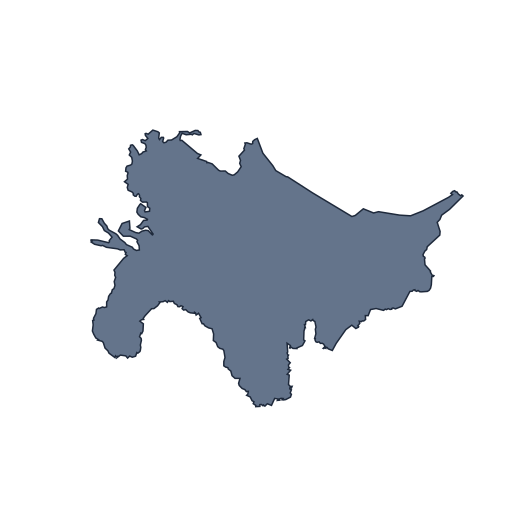 outline of Contepec, Michoacán, Mexico, rotated 302°
{"feature_id": "50627088B15028424096035", "entity_name": "Contepec", "entity_type": "district", "adm_level": 2, "iso_a3": "MEX", "parent_name": "Mexico", "parent_adm1": "Michoacán", "projection": "natural_earth1", "projection_center": [-100.227, 19.961], "detail": "fine", "context": "isolated", "style": "filled", "palette": "slate", "viewbox_px": 512, "rotation_deg": 302, "n_neighbors": 0, "source": "geoboundaries", "source_scale": "gbopen_adm2", "svg_char_len": 6146}
<svg xmlns="http://www.w3.org/2000/svg" viewBox="0 0 512 512"><g transform="rotate(302 256 256)"><path d="M384.4,392.6L389.0,391.8L398.1,395.4L416.6,399.8L416.9,398.1L415.5,397.5L415.8,394.7L416.8,392.4L416.3,391.8L416.6,389.8L415.0,388.6L412.4,388.0L412.2,390.1L407.8,388.2L382.9,373.8L372.0,365.8L366.8,356.2L358.5,336.4L354.8,332.9L352.9,322.0L343.0,318.7L340.3,316.4L339.5,270.4L339.9,241.0L339.2,239.5L338.9,227.5L341.5,222.4L346.8,207.4L356.4,194.8L353.9,193.2L351.4,192.5L349.6,193.6L348.3,192.7L347.2,188.3L345.9,186.7L345.0,187.8L340.6,188.8L339.7,190.1L331.6,188.6L328.9,192.2L325.9,193.1L323.9,196.1L317.6,195.9L313.3,194.5L311.9,193.1L311.2,188.6L311.8,184.9L309.2,180.9L308.9,178.9L310.9,170.0L309.9,165.8L309.1,164.9L310.0,164.1L307.8,154.8L312.5,155.7L311.9,152.0L314.8,131.8L313.8,130.6L314.4,129.8L317.8,128.5L320.9,128.3L321.8,132.5L324.9,136.6L325.0,137.8L327.0,138.4L328.4,143.4L329.8,145.0L331.4,143.2L331.0,142.1L331.6,140.2L330.3,137.9L325.2,134.5L325.3,131.9L320.9,125.2L319.9,126.0L315.2,125.7L309.6,122.9L307.5,119.9L304.8,119.4L303.2,117.9L303.6,116.2L307.1,115.2L307.5,114.5L306.4,112.8L303.6,112.4L304.4,111.0L309.1,108.8L309.4,107.0L308.1,101.8L302.2,100.0L301.7,97.7L300.9,97.2L299.6,98.4L298.4,102.0L297.6,101.8L295.1,100.9L294.6,98.0L293.3,97.1L291.7,98.7L292.4,102.2L291.6,104.0L289.9,105.4L287.8,105.7L287.0,107.3L284.2,105.0L282.3,104.8L279.9,103.3L282.2,99.7L284.7,93.3L284.7,92.1L283.4,90.9L281.8,91.7L279.4,91.3L277.7,94.6L274.5,95.0L273.8,98.3L271.0,100.9L268.3,102.0L266.7,101.5L263.9,99.0L261.9,99.0L258.8,100.5L259.1,102.9L258.4,103.5L255.9,104.2L253.1,106.3L249.3,105.1L249.0,109.6L245.9,110.5L244.0,112.7L244.6,116.9L244.1,118.8L242.8,119.5L242.5,121.5L243.1,122.7L245.6,122.7L246.6,123.4L245.8,125.0L244.5,125.7L243.8,127.8L241.9,128.6L241.5,131.1L243.7,134.5L243.7,135.6L240.4,137.8L240.2,140.6L237.5,142.0L234.6,138.6L235.4,137.4L238.8,136.9L239.2,130.5L238.2,130.2L233.6,130.1L230.1,131.7L228.9,134.0L228.2,137.6L229.4,140.8L229.6,144.5L228.7,144.6L226.6,141.8L221.4,141.4L217.8,139.7L218.0,144.3L219.2,145.4L221.6,146.0L223.8,148.6L220.1,157.1L219.1,157.1L219.0,156.5L220.4,151.1L219.4,148.8L216.6,146.1L213.3,144.6L212.1,141.5L211.2,134.5L212.7,134.4L218.6,130.1L212.6,125.2L204.3,126.0L202.5,133.0L206.2,138.9L207.1,145.5L206.6,147.3L205.0,147.5L202.8,151.4L199.3,153.9L197.3,151.6L197.0,148.3L197.9,146.6L197.0,140.1L197.9,137.6L198.4,131.7L200.2,127.7L200.6,125.4L200.1,117.8L200.6,115.8L202.4,113.6L203.4,110.0L205.9,105.5L204.7,103.5L200.9,104.6L199.5,110.3L197.2,113.9L197.3,118.7L195.7,123.9L191.3,123.4L190.4,124.2L189.2,124.0L185.6,113.3L182.3,107.6L181.9,107.7L181.8,109.1L180.5,108.7L180.4,112.9L182.6,119.2L183.7,120.3L184.1,124.5L188.7,134.8L189.2,137.6L191.4,140.8L189.9,143.1L190.1,143.9L188.1,144.3L188.0,146.6L183.9,145.0L168.8,143.0L167.4,145.1L164.8,146.4L163.5,148.3L159.2,149.3L156.3,152.0L153.0,152.8L151.3,152.0L147.8,153.1L147.1,152.5L143.7,152.4L140.3,153.8L137.9,153.7L133.7,156.3L132.0,154.8L131.4,152.8L128.5,150.9L128.5,150.1L126.2,149.0L122.3,150.8L117.1,151.2L115.7,152.5L114.8,151.6L111.3,154.4L105.7,157.0L103.7,159.8L101.6,163.6L101.6,166.7L100.8,166.4L102.1,170.7L101.7,172.3L97.9,176.8L97.1,180.7L95.7,182.8L95.1,190.3L96.8,189.8L96.6,190.6L97.4,191.6L96.2,192.0L100.1,193.5L102.3,198.5L101.4,201.2L104.2,201.9L104.6,204.7L107.2,207.0L111.0,206.1L111.0,207.3L113.5,208.2L114.7,207.9L117.5,206.7L119.2,205.1L123.8,203.5L125.3,202.2L125.8,200.0L129.6,199.2L129.6,200.2L132.5,199.9L138.8,196.4L139.2,192.0L141.3,192.7L142.7,194.4L143.3,193.4L146.6,193.6L156.0,195.4L157.3,197.3L161.6,198.9L165.5,199.2L165.8,198.4L168.1,201.5L170.0,202.6L169.7,205.4L171.8,205.5L171.7,207.1L173.8,209.9L172.5,211.9L172.8,214.7L171.7,216.6L172.5,218.1L174.1,218.7L174.4,220.9L172.2,221.2L171.8,223.3L173.3,224.8L172.6,228.0L173.0,230.4L174.8,234.1L175.7,233.7L175.7,234.8L174.2,236.5L177.0,237.6L174.6,242.1L173.3,241.3L170.0,246.2L170.7,247.4L169.7,249.7L169.9,253.9L171.0,257.3L167.4,261.4L161.7,264.6L161.5,268.0L158.8,271.6L158.5,274.3L159.4,277.3L158.7,278.9L153.5,283.5L149.5,284.6L145.8,286.9L145.7,289.2L146.4,291.3L145.5,292.3L145.1,295.6L141.8,299.1L141.1,303.1L143.7,307.3L138.8,308.7L137.3,310.4L136.3,314.4L136.8,317.4L135.9,319.7L137.1,321.2L134.5,322.3L132.9,321.9L133.4,325.8L131.2,329.3L131.3,331.5L129.3,331.9L129.2,335.0L128.1,335.6L130.5,339.0L132.0,338.0L132.9,339.1L132.7,341.2L133.6,341.2L133.4,343.1L136.7,343.9L137.5,348.3L145.1,347.3L146.6,351.0L145.0,350.8L146.3,352.5L147.2,351.6L148.6,352.7L149.5,354.5L147.9,354.3L148.5,355.6L150.0,357.3L154.6,360.0L157.5,359.3L157.9,357.6L161.3,356.9L161.2,355.0L162.8,354.4L162.9,356.0L164.6,355.7L163.6,354.4L164.2,351.7L172.6,347.3L172.2,345.1L177.5,345.9L176.8,343.2L179.1,343.5L179.0,342.7L180.9,341.2L183.6,341.6L184.8,336.7L186.1,337.5L187.9,336.1L189.2,336.1L189.1,335.2L190.3,333.7L191.3,333.8L198.5,328.6L198.3,332.6L195.9,333.2L195.9,333.7L197.3,333.6L197.2,336.3L199.2,339.8L199.7,339.4L204.7,342.8L210.0,342.5L210.1,340.9L217.9,336.4L220.0,335.9L220.9,335.3L220.7,334.7L221.4,335.8L223.5,333.5L224.1,334.3L226.8,332.9L229.8,334.5L230.0,337.0L232.2,337.8L231.6,338.6L231.6,340.7L227.5,344.6L225.4,345.1L221.8,348.0L217.1,349.4L217.3,350.1L216.2,350.4L215.0,352.1L215.2,353.6L216.6,355.0L216.0,356.9L217.1,358.5L217.1,360.0L215.9,362.5L213.3,361.9L213.4,362.5L214.7,363.0L214.7,364.2L215.8,363.9L216.1,364.8L215.5,366.4L216.3,370.8L224.4,370.3L241.2,371.2L248.1,373.9L247.4,379.1L249.9,380.6L250.5,380.5L250.7,379.3L253.9,379.7L255.4,378.1L256.2,380.2L257.3,380.5L258.0,381.8L260.2,382.6L263.4,380.3L264.8,382.7L271.3,381.5L275.1,385.7L277.5,393.0L279.4,393.7L279.7,395.1L281.4,396.0L281.7,398.0L282.8,399.3L283.4,398.9L284.6,399.8L285.0,402.2L290.8,406.5L307.5,405.3L309.0,407.2L310.5,407.5L311.6,408.6L310.9,409.2L311.2,411.0L312.6,411.7L312.5,413.9L313.3,415.3L316.8,420.1L318.6,421.0L321.2,421.1L324.6,419.9L331.7,416.0L332.7,417.3L333.6,417.3L333.1,415.4L335.0,412.1L335.7,412.0L338.1,404.0L342.7,400.5L343.8,400.5L344.4,399.8L344.5,398.0L345.7,396.9L349.6,396.6L351.9,397.3L354.6,396.3L371.1,400.8L374.4,399.1L380.6,391.8L384.4,392.6Z" fill="#64748b" stroke="#1e293b" stroke-width="1.5"/></g></svg>